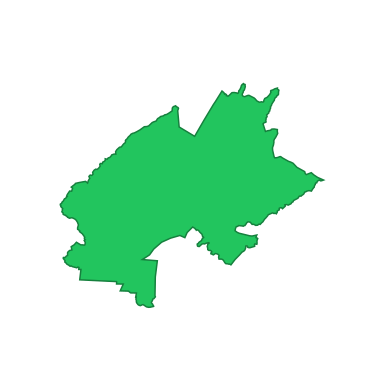 outline of Long Khanh, Đồng Nai, Vietnam, rotated 31°
{"feature_id": "81297802B61199528191319", "entity_name": "Long Khanh", "entity_type": "district", "adm_level": 2, "iso_a3": "VNM", "parent_name": "Vietnam", "parent_adm1": "Đồng Nai", "projection": "robinson", "projection_center": [107.227, 10.939], "detail": "fine", "context": "isolated", "style": "filled", "palette": "green", "viewbox_px": 384, "rotation_deg": 31, "n_neighbors": 0, "source": "geoboundaries", "source_scale": "gbopen_adm2", "svg_char_len": 6010}
<svg xmlns="http://www.w3.org/2000/svg" viewBox="0 0 384 384"><g transform="rotate(31 192 192)"><path d="M214.6,300.7L213.7,300.0L204.3,283.7L197.7,268.8L184.2,275.5L188.0,267.7L188.6,260.6L191.8,250.7L197.4,242.6L204.0,235.5L209.4,234.8L208.7,229.2L210.6,221.7L213.5,221.7L214.3,222.3L214.9,222.1L215.4,222.5L215.7,221.8L217.4,221.6L219.4,222.4L222.4,223.1L223.9,224.6L225.1,224.7L225.4,224.9L225.4,225.3L224.8,226.2L225.1,228.8L223.9,231.5L223.8,233.1L223.3,233.8L223.6,234.5L224.6,235.5L225.2,235.5L226.3,235.0L227.4,231.4L228.4,230.5L229.6,230.0L230.6,228.5L232.4,226.8L232.8,226.8L233.0,227.1L232.5,228.2L232.5,228.9L233.2,231.0L234.2,231.8L235.2,233.3L236.5,233.4L237.9,232.6L239.6,232.9L239.8,233.3L239.6,234.4L239.9,235.1L240.3,235.3L240.6,235.2L241.0,234.8L242.0,235.0L242.8,234.8L243.5,233.1L243.9,232.6L245.9,232.0L247.6,232.3L247.9,232.5L248.3,234.1L249.7,235.6L252.1,234.2L254.0,234.3L256.6,235.7L258.0,236.0L259.5,235.2L260.5,235.0L261.4,234.4L262.9,234.4L263.7,227.6L265.2,221.3L265.8,217.9L266.9,215.9L267.2,214.5L266.7,212.0L266.1,211.1L266.0,210.4L267.0,209.9L267.7,210.1L268.3,210.7L269.6,210.4L270.5,209.8L273.7,206.3L272.6,204.8L272.7,204.1L274.5,203.4L274.2,202.5L272.8,200.4L272.3,198.0L271.8,197.9L270.6,198.2L270.1,197.9L269.7,195.5L266.2,198.8L264.1,199.8L253.5,203.1L251.2,203.3L248.8,203.0L248.0,200.6L247.8,198.9L248.9,197.9L249.2,196.8L252.8,195.1L253.5,195.0L254.3,193.6L254.6,193.5L254.8,191.9L254.8,190.1L255.2,189.0L255.6,188.6L257.5,187.9L260.2,188.8L261.5,187.9L263.8,187.8L265.3,186.7L266.0,185.0L267.1,184.7L267.6,182.4L268.1,181.1L268.2,177.7L268.5,177.0L269.1,173.5L269.1,172.2L271.8,168.4L273.4,168.2L273.8,167.7L274.4,167.3L275.5,167.3L275.5,165.5L274.9,164.3L276.0,162.4L275.3,161.4L275.2,160.9L276.1,159.8L276.8,159.4L278.2,159.7L279.2,156.3L279.2,156.0L278.2,155.2L279.4,154.1L281.2,153.7L282.9,151.1L283.0,149.3L283.6,148.6L283.5,146.9L286.0,142.8L286.1,140.4L286.6,139.9L287.6,139.4L288.0,138.1L288.8,136.4L288.7,134.0L289.5,133.1L290.1,132.0L291.5,130.6L293.9,129.7L293.9,127.4L294.1,125.6L294.3,124.9L293.9,124.1L293.7,122.8L293.8,122.1L293.4,121.0L293.4,120.6L294.2,119.9L293.9,118.1L295.0,116.2L295.3,116.0L296.1,116.3L296.5,116.2L297.4,115.5L298.6,114.0L292.2,114.8L287.7,114.6L284.3,114.0L281.0,118.2L279.6,117.9L278.1,116.5L269.2,116.8L263.9,115.3L261.3,115.5L258.9,116.0L252.0,116.2L249.8,116.0L248.9,116.6L248.0,117.9L247.0,118.9L245.4,120.1L244.2,119.5L239.7,114.8L238.2,112.6L237.6,109.7L236.5,107.0L235.7,106.0L235.4,103.8L235.6,102.6L235.3,97.7L233.9,96.1L233.0,94.5L230.1,95.6L228.1,96.9L227.7,97.6L227.7,98.5L225.1,100.7L223.8,102.3L217.8,97.0L218.3,95.2L219.2,94.4L219.4,93.9L218.8,93.0L218.1,92.5L218.0,91.3L217.3,90.4L217.6,88.8L216.3,87.4L217.1,84.8L216.5,83.4L216.9,82.4L216.4,81.6L216.1,79.4L215.4,78.8L215.5,76.8L215.1,75.4L215.3,70.8L214.9,70.1L214.8,68.2L215.4,67.0L215.4,66.5L215.1,65.7L215.8,64.6L215.8,63.7L214.6,61.6L214.1,60.1L213.9,59.9L212.2,59.8L211.7,58.9L209.9,60.8L208.6,63.0L207.4,64.3L207.4,65.0L208.3,65.9L208.4,68.5L207.7,72.0L206.2,74.4L206.4,76.4L206.8,77.3L206.8,77.9L206.3,78.5L205.1,78.9L203.8,80.2L202.8,80.4L200.7,80.5L198.0,79.6L196.7,79.4L191.0,79.8L190.0,80.6L188.1,83.1L187.5,83.4L185.9,83.5L185.2,83.1L184.6,82.0L184.5,80.0L184.0,78.8L184.3,77.8L184.2,77.1L183.4,74.2L182.5,73.2L182.4,72.7L181.9,72.5L181.4,72.9L180.3,72.5L180.1,72.7L180.1,73.6L179.7,73.9L179.6,74.3L179.5,75.3L180.1,77.4L180.1,78.2L180.3,79.3L180.0,81.3L180.4,81.9L180.6,83.7L180.3,84.0L179.2,84.1L176.9,85.0L175.3,86.1L175.0,86.5L174.1,90.1L173.5,91.4L172.6,91.4L171.8,91.7L171.4,90.8L171.2,90.8L170.0,90.7L169.5,91.3L168.2,90.4L165.7,90.0L165.5,102.2L165.3,106.0L165.3,124.6L165.6,142.9L147.5,142.9L137.9,129.7L137.3,127.2L136.5,126.8L134.2,126.9L133.6,126.5L132.3,128.1L131.9,129.1L131.9,130.2L133.2,132.7L131.6,136.2L130.4,138.5L128.9,139.9L128.2,141.5L126.0,143.7L126.0,144.5L124.9,146.5L124.7,147.1L124.7,149.6L122.9,151.8L122.1,153.0L120.8,157.7L119.6,159.1L117.5,160.6L115.4,165.6L113.4,169.1L112.1,171.1L110.8,172.4L109.8,174.2L109.8,175.4L109.1,177.4L108.9,180.1L108.4,181.5L108.5,182.4L109.1,183.0L109.3,184.5L108.8,185.4L108.5,186.8L108.2,189.7L106.8,191.0L105.8,194.3L105.7,196.7L107.2,198.8L105.7,199.6L104.1,201.5L104.1,203.1L103.8,204.5L102.6,206.0L102.4,207.6L100.5,208.2L101.3,209.4L101.1,210.8L100.1,212.4L100.5,213.9L98.7,214.8L98.8,216.0L100.0,217.2L99.7,219.6L99.1,221.5L97.7,222.0L96.9,223.7L96.7,226.3L98.0,227.7L97.6,229.4L96.0,229.9L95.6,231.7L97.3,233.0L97.3,235.6L97.9,238.1L95.3,237.7L90.4,242.0L87.6,244.7L87.7,245.7L87.0,247.3L86.0,250.0L87.7,250.2L88.4,253.3L86.6,254.2L86.4,258.5L86.7,260.2L87.3,260.2L87.0,261.3L87.0,262.3L86.2,263.6L86.3,266.1L85.8,267.7L86.1,268.7L85.4,270.2L85.8,271.0L86.6,271.1L87.1,272.1L89.7,272.8L89.9,273.9L90.3,274.3L90.6,275.9L91.1,276.2L92.2,276.3L93.1,277.5L94.6,277.4L95.7,277.0L96.4,277.4L97.5,277.3L98.4,277.8L99.1,277.5L100.2,277.7L100.7,277.4L101.9,276.2L102.7,275.8L105.3,275.5L107.2,275.8L109.4,276.9L111.6,278.7L112.4,281.7L113.2,282.9L114.4,282.8L115.2,283.2L115.9,283.2L116.1,283.9L119.5,284.3L123.4,286.0L123.3,286.5L123.6,287.2L124.4,287.8L125.0,287.9L124.5,289.0L126.6,290.3L127.4,292.4L127.2,292.9L125.0,293.9L123.9,294.6L118.8,294.6L118.2,297.9L116.6,301.1L118.9,303.5L117.2,305.2L116.6,307.0L116.6,308.1L118.0,310.5L117.2,311.8L117.2,312.5L116.8,313.6L115.5,314.4L115.6,314.8L116.0,315.4L116.8,315.5L117.3,315.9L118.2,316.0L118.6,316.4L119.0,317.5L120.4,317.7L122.0,318.3L124.2,318.2L125.0,318.4L125.8,318.4L126.4,317.6L127.9,317.6L132.3,316.3L132.9,315.1L133.9,314.9L134.8,316.7L136.7,315.6L141.0,325.1L173.4,307.7L173.7,307.8L174.7,309.7L180.5,306.3L181.4,313.7L188.6,309.7L191.3,310.1L196.4,307.2L197.9,311.1L198.3,310.8L199.2,312.8L200.6,314.1L200.8,314.8L201.7,315.5L203.4,316.2L204.2,316.4L205.7,316.2L206.4,315.9L207.5,314.2L208.1,313.7L212.1,313.9L214.2,313.2L215.5,312.3L217.9,310.0L218.0,309.6L216.8,309.1L216.2,308.5L214.5,308.0L214.0,307.4L214.0,305.4L213.5,304.1L214.2,303.2L214.6,300.7Z" fill="#22c55e" stroke="#15803d" stroke-width="1.5"/></g></svg>